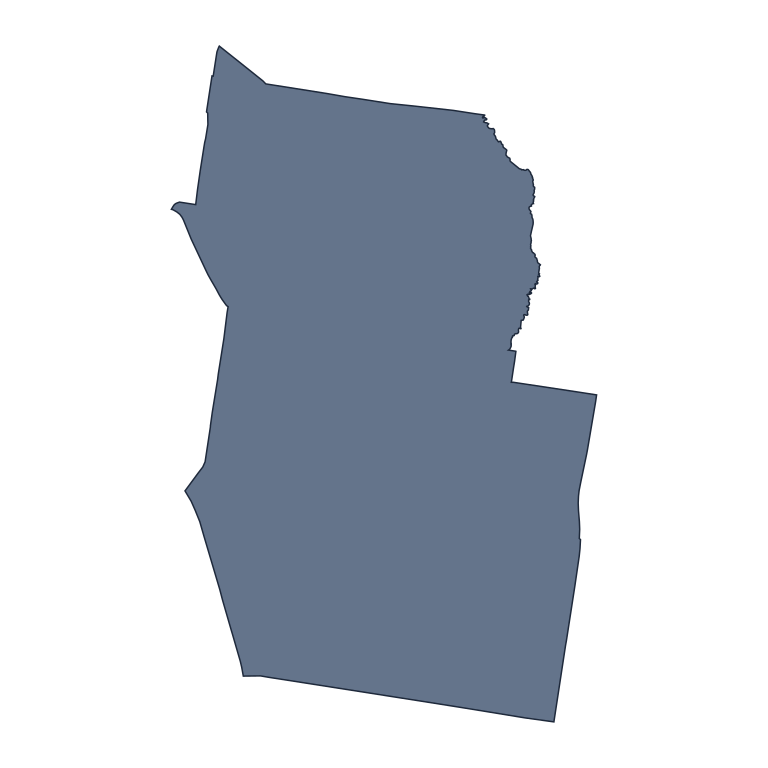 Greater Dandenong, Victoria, Australia
{"feature_id": "25037944B63075132073997", "entity_name": "Greater Dandenong", "entity_type": "district", "adm_level": 2, "iso_a3": "AUS", "parent_name": "Australia", "parent_adm1": "Victoria", "projection": "mercator", "projection_center": [145.221, -38.001], "detail": "fine", "context": "isolated", "style": "filled", "palette": "slate", "viewbox_px": 768, "rotation_deg": 0, "n_neighbors": 0, "source": "geoboundaries", "source_scale": "gbopen_adm2", "svg_char_len": 5977}
<svg xmlns="http://www.w3.org/2000/svg" viewBox="0 0 768 768"><path d="M519.3,168.7L512.1,162.8L511.5,162.4L510.1,161.0L510.0,160.5L510.1,159.5L509.9,158.8L509.8,158.3L507.3,156.9L506.6,155.8L506.0,155.1L506.0,154.2L506.1,153.0L506.8,150.2L506.2,149.5L503.4,147.4L503.2,147.0L502.8,144.9L502.7,144.6L501.7,144.1L501.1,142.4L500.9,142.2L500.9,141.9L500.7,141.5L500.3,141.2L500.0,141.2L498.8,141.8L498.4,141.8L497.3,140.2L496.8,139.6L496.5,139.5L496.2,139.1L495.9,138.4L495.7,137.2L495.4,136.3L494.6,135.2L494.3,134.9L494.0,134.1L494.0,133.6L494.5,132.9L494.7,132.3L494.5,130.1L494.3,129.6L494.1,129.3L493.1,128.5L492.3,128.8L491.4,128.7L489.7,128.5L489.0,128.2L487.6,126.6L487.4,126.0L487.4,125.6L487.5,125.3L488.6,123.9L487.2,123.0L486.5,122.8L485.5,122.7L483.6,121.9L483.7,121.6L484.0,121.2L484.2,120.7L484.8,120.0L485.8,120.0L486.3,119.8L486.7,119.4L486.7,119.1L486.7,118.9L486.4,118.8L486.0,118.3L484.7,117.5L484.3,117.5L483.0,118.0L482.7,117.9L482.5,117.6L482.6,117.3L482.9,116.7L483.2,116.4L484.0,116.0L484.4,115.7L484.7,115.2L484.1,114.9L483.1,114.9L482.9,114.8L474.8,113.7L453.4,110.4L413.6,106.0L390.2,103.6L362.8,99.3L345.1,96.7L326.8,93.5L265.8,83.9L262.9,80.9L219.3,46.1L218.8,47.0L217.1,51.4L216.8,52.8L213.2,76.1L212.0,75.9L206.5,111.9L207.7,113.1L207.8,119.9L207.9,123.6L207.9,124.6L205.6,138.7L204.7,142.4L204.0,146.6L200.2,170.8L197.5,189.7L195.7,204.6L179.5,202.1L176.5,203.2L175.4,203.8L174.3,204.7L173.7,205.5L172.8,206.9L171.4,209.3L173.1,209.8L176.9,212.0L179.9,214.4L182.1,217.4L183.5,220.1L191.2,239.1L206.1,270.8L208.1,274.9L211.3,280.6L213.3,284.0L216.3,289.2L219.2,294.7L220.8,297.4L222.2,299.6L226.0,304.9L226.7,305.7L227.4,306.2L228.1,306.6L227.1,312.6L223.9,338.5L218.3,373.9L217.6,379.6L212.3,412.2L210.4,425.9L210.4,426.9L205.1,461.8L202.8,467.0L198.2,473.0L185.0,490.9L191.2,501.3L195.1,510.1L199.8,521.7L203.9,536.0L219.8,589.6L222.6,600.3L231.2,630.0L232.4,634.0L240.3,661.3L241.7,667.2L243.3,676.1L260.5,675.9L268.7,677.3L397.9,697.5L460.1,707.3L525.1,717.9L553.9,721.9L565.6,645.1L566.4,640.7L574.9,585.8L579.2,556.3L580.0,548.7L580.5,539.6L579.3,538.5L579.7,529.3L579.4,521.6L578.5,510.8L578.2,503.0L578.5,496.1L579.1,490.7L580.8,482.0L586.5,454.8L587.4,450.1L595.6,401.8L596.6,394.9L579.1,392.2L518.7,383.1L513.5,382.3L511.3,382.3L511.5,381.4L513.6,367.4L514.6,361.2L515.9,351.4L515.5,351.3L515.5,351.2L508.5,350.1L509.6,349.3L510.0,348.7L510.5,347.8L511.1,346.4L511.2,345.3L511.2,343.9L511.0,344.0L511.0,342.0L511.1,340.6L511.2,339.8L511.5,338.8L511.8,338.0L512.0,337.6L512.4,337.3L512.5,336.9L512.4,336.4L512.6,335.9L512.8,335.8L513.6,335.8L514.0,335.6L514.3,335.2L514.4,334.4L515.1,333.9L515.7,333.7L516.8,333.7L517.2,333.6L517.9,333.1L518.4,332.6L518.6,331.8L518.4,329.9L518.5,329.5L518.6,328.8L518.8,328.4L519.2,328.3L519.5,328.2L520.3,328.7L520.6,328.7L521.0,328.6L521.0,328.3L520.6,327.6L520.6,326.8L521.2,320.4L523.3,320.0L524.3,317.5L524.2,316.5L523.7,315.4L523.7,315.2L524.0,314.7L524.8,314.6L525.1,314.7L526.0,315.2L526.7,315.2L527.4,315.1L527.7,314.8L527.8,314.5L527.4,312.2L527.4,311.1L527.6,310.8L528.4,310.0L528.5,308.8L528.7,307.7L528.1,307.4L527.0,306.8L526.8,306.6L526.7,306.4L527.0,306.2L527.6,306.2L528.0,306.0L529.0,305.0L529.4,303.9L529.4,303.4L529.3,302.9L528.6,301.4L528.6,300.9L528.7,300.4L528.6,300.0L528.7,299.9L528.9,299.7L529.6,299.6L529.8,299.2L529.7,299.0L529.3,299.0L529.0,298.8L528.8,297.5L528.5,296.7L528.4,296.5L527.8,296.3L527.2,295.2L527.0,294.8L527.2,294.6L527.6,294.3L528.5,294.6L529.1,294.6L530.8,293.8L531.5,293.2L531.5,292.8L530.8,292.3L530.6,292.3L530.2,292.8L529.8,293.1L529.5,293.2L529.2,293.1L529.3,292.8L529.9,291.6L530.3,291.2L531.1,290.8L531.4,290.3L531.5,289.9L531.3,289.6L530.6,289.1L530.5,288.8L531.1,288.7L531.9,289.2L532.2,289.1L532.9,288.5L533.4,288.2L534.0,288.2L534.8,288.8L535.1,288.7L535.4,288.5L535.5,288.3L535.5,288.1L535.1,287.3L535.2,286.8L535.2,285.8L535.5,284.9L535.3,284.6L535.0,284.4L535.1,283.9L535.6,283.7L536.5,284.0L536.9,284.0L537.6,283.6L537.8,283.3L537.8,283.0L537.7,282.6L537.3,282.3L536.8,282.1L536.6,282.0L536.6,281.7L536.8,281.4L538.0,280.3L538.0,280.0L537.6,279.2L538.0,278.0L538.0,277.6L537.8,276.8L537.8,276.4L538.1,276.4L539.3,276.7L539.6,276.5L539.8,276.3L539.5,275.6L539.3,274.9L538.6,274.2L538.8,274.0L539.3,273.7L539.0,273.4L538.7,272.7L538.8,271.7L539.1,270.6L539.0,270.2L539.2,269.3L539.4,268.9L539.4,268.2L539.2,266.8L539.3,266.5L539.7,265.5L540.2,265.2L540.4,264.8L539.1,263.7L538.2,263.1L537.7,262.5L537.4,261.6L537.3,260.4L536.7,258.9L536.7,258.4L535.4,257.4L535.0,256.9L534.9,255.8L535.2,255.3L535.0,254.4L534.8,254.1L534.3,253.8L533.5,252.9L533.2,252.7L532.7,252.6L532.5,252.3L531.7,251.0L531.6,250.5L531.7,250.1L531.6,249.9L531.2,249.5L531.0,248.9L530.5,248.1L530.8,247.3L530.6,246.3L530.9,245.9L530.6,244.4L530.7,243.9L531.0,243.2L531.1,242.8L531.1,242.3L531.1,241.4L531.4,240.8L531.2,239.6L531.1,238.4L530.5,235.9L530.5,235.6L531.3,232.0L531.5,230.9L531.8,229.8L533.1,224.1L533.2,222.3L533.0,219.9L532.7,218.8L532.1,217.7L532.0,217.0L532.0,215.9L531.7,214.5L531.6,214.2L531.0,213.9L530.6,213.7L530.4,213.4L530.4,213.2L530.9,211.7L530.9,211.4L529.4,209.6L529.2,209.1L529.0,208.3L529.1,207.3L529.4,206.9L530.0,206.5L531.1,206.2L531.5,206.0L531.5,205.8L531.2,205.1L531.3,204.8L532.6,203.7L533.5,203.6L533.1,202.3L533.7,200.9L533.3,200.0L533.8,199.2L533.7,198.8L533.8,198.5L534.2,197.8L534.6,197.1L534.8,196.7L534.7,196.5L534.5,196.3L533.6,195.9L533.2,195.3L533.1,195.0L533.2,194.4L533.9,193.3L534.1,192.7L534.3,191.3L534.1,190.4L534.6,189.3L534.7,188.1L534.7,187.5L534.6,187.2L533.6,186.6L533.4,186.1L533.3,185.1L533.4,184.5L533.3,184.4L532.7,181.2L532.8,180.8L533.2,180.3L533.2,179.7L532.6,178.1L532.4,177.8L532.6,177.6L532.2,176.3L531.6,175.1L531.2,174.6L531.1,174.2L530.8,173.9L530.6,172.7L530.0,171.8L529.5,171.3L528.8,170.3L528.2,169.6L527.6,169.4L526.9,169.4L526.5,169.7L526.0,170.2L525.7,170.3L524.5,170.3L523.9,170.1L523.7,169.7L522.8,169.7L521.6,169.8L521.1,169.2L519.3,168.7Z" fill="#64748b" stroke="#1e293b" stroke-width="1.5"/></svg>